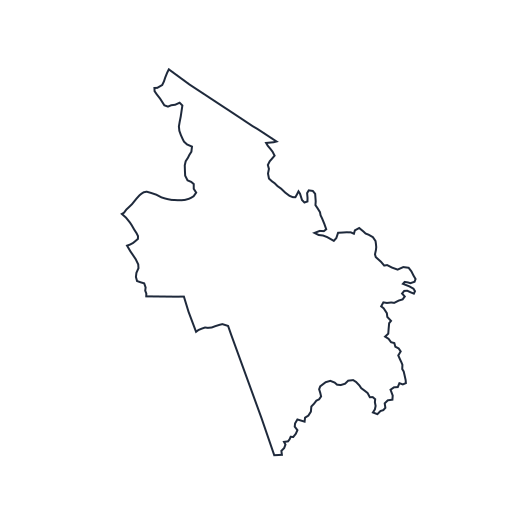 Vitória do Mearim, Maranhão, Brazil (Robinson projection), rotated 321°
{"feature_id": "56859067B98099039141504", "entity_name": "Vitória do Mearim", "entity_type": "district", "adm_level": 2, "iso_a3": "BRA", "parent_name": "Brazil", "parent_adm1": "Maranhão", "projection": "robinson", "projection_center": [-44.907, -3.55], "detail": "fine", "context": "isolated", "style": "outline", "palette": "slate", "viewbox_px": 512, "rotation_deg": 321, "n_neighbors": 0, "source": "geoboundaries", "source_scale": "gbopen_adm2", "svg_char_len": 3604}
<svg xmlns="http://www.w3.org/2000/svg" viewBox="0 0 512 512"><g transform="rotate(321 256 256)"><path d="M305.7,56.1L302.4,57.6L297.9,60.1L294.3,62.4L290.7,64.1L285.1,63.2L282.8,61.5L280.9,64.1L280.6,67.9L280.5,73.4L279.6,81.2L281.6,84.5L285.0,85.5L288.4,87.6L293.1,88.8L293.5,92.7L285.1,100.4L281.0,103.8L277.6,106.8L275.2,110.5L273.7,114.8L272.6,119.0L272.0,121.8L272.6,125.9L275.1,130.7L271.4,134.3L267.8,135.5L265.0,136.8L261.0,138.1L257.7,140.7L254.2,145.3L251.5,149.0L250.4,154.1L252.3,157.7L252.9,160.9L249.9,164.6L249.4,169.1L245.1,170.3L242.2,169.9L239.8,169.3L236.1,167.7L233.1,165.7L230.3,163.4L227.8,161.1L225.8,159.4L223.2,156.3L221.4,153.9L219.4,150.9L217.1,145.6L214.1,140.9L211.5,137.2L208.8,135.8L206.2,135.5L203.7,135.5L199.2,136.2L192.2,137.7L187.4,138.1L184.5,138.3L180.6,139.3L178.2,138.9L179.1,144.3L179.1,150.6L178.8,153.7L178.0,158.6L177.5,163.2L176.8,166.3L175.0,168.4L171.2,168.5L168.6,168.5L165.1,167.8L162.3,166.8L161.3,173.4L161.0,177.3L160.5,182.8L159.2,188.4L157.0,191.5L152.5,193.8L149.5,196.7L147.8,200.6L149.7,203.7L151.9,206.9L150.4,211.0L148.1,213.2L147.1,216.2L145.3,218.3L169.0,237.9L171.7,240.0L174.4,242.2L168.5,256.8L161.7,277.2L164.7,277.3L168.1,278.3L171.4,279.5L173.3,281.5L176.6,283.7L180.2,284.9L184.5,286.6L187.0,287.8L188.8,290.5L190.3,292.8L187.1,301.7L158.2,385.6L144.8,422.3L148.5,425.0L151.0,426.8L153.1,423.4L157.0,423.0L160.2,421.1L160.8,418.1L164.2,420.2L166.7,419.6L169.2,418.3L171.0,420.1L175.1,419.2L178.6,417.4L178.7,413.0L181.0,410.7L185.3,409.1L189.5,415.3L192.4,412.5L196.2,413.0L200.7,411.5L204.3,407.8L208.2,407.3L211.9,406.4L214.8,407.1L218.2,406.1L219.8,402.8L221.2,399.3L223.9,397.7L230.7,397.9L235.2,399.8L237.5,403.9L238.0,407.0L240.6,409.6L244.8,411.3L249.2,410.9L253.4,413.6L254.5,416.9L254.9,421.7L254.6,424.9L255.7,429.2L256.5,432.7L255.6,437.4L257.9,439.1L258.5,442.3L256.4,444.4L254.6,447.8L251.9,450.0L248.4,451.2L250.8,455.3L255.2,454.8L257.9,455.9L261.0,455.4L263.3,451.5L267.6,451.1L271.6,453.5L274.4,450.5L276.4,444.6L280.6,444.9L283.7,447.1L287.4,445.1L289.3,448.2L292.5,449.1L294.2,446.6L296.5,442.0L298.1,438.7L298.5,435.9L301.3,432.7L302.1,430.1L302.9,426.8L304.0,422.8L308.4,421.2L308.7,417.6L307.2,414.2L308.7,410.7L306.7,408.0L306.9,403.8L305.6,399.9L309.9,399.6L313.3,396.0L317.2,392.0L320.1,391.4L319.7,386.0L321.7,382.8L322.3,376.9L321.6,373.9L325.8,372.2L328.2,374.9L331.8,377.2L333.9,379.4L339.0,380.5L342.6,382.0L346.1,381.1L345.9,377.1L349.2,376.4L351.7,378.2L353.4,381.7L355.0,384.6L357.4,383.4L357.8,380.5L356.1,376.2L352.7,370.1L355.2,369.7L357.4,372.1L358.9,374.3L363.0,375.8L365.5,374.3L366.1,370.3L367.1,365.7L367.2,361.2L363.5,357.3L357.5,355.7L354.4,350.6L352.2,345.6L349.6,344.1L349.5,339.3L348.4,332.2L349.5,329.6L353.1,326.7L355.0,324.8L356.8,322.1L358.3,319.6L358.7,314.9L356.9,310.3L355.3,307.5L354.9,304.5L353.8,299.2L349.0,298.3L346.1,300.3L344.5,297.2L341.1,294.4L337.7,292.0L334.4,289.6L329.7,292.6L326.0,293.2L323.2,286.1L321.0,282.3L317.9,279.1L316.0,274.9L321.3,276.6L324.4,279.4L327.4,279.4L329.3,274.1L331.0,268.4L331.8,265.0L333.3,262.2L333.9,257.6L334.2,253.9L336.8,251.1L341.1,244.9L341.1,241.2L338.3,238.2L335.3,239.3L332.6,243.3L330.3,246.0L327.3,244.9L327.0,241.4L329.4,235.3L329.7,232.5L326.6,233.9L323.6,235.1L321.6,233.4L319.9,230.3L318.6,225.1L317.9,219.5L316.7,215.2L316.3,211.2L315.4,208.0L314.8,204.0L317.2,199.5L320.9,196.4L322.5,192.7L326.3,191.0L328.8,190.6L333.6,189.7L334.5,185.4L334.6,181.6L334.5,177.7L335.0,174.5L341.3,178.7L344.0,179.9L338.2,161.7L337.0,158.0L335.1,153.0L328.8,132.9L312.2,80.8L305.7,56.1Z" fill="none" stroke="#1e293b" stroke-width="2"/></g></svg>